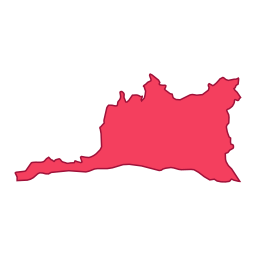 Santiago de Cuba, Robinson projection
{"feature_id": "CUB-1369", "entity_name": "Santiago de Cuba", "entity_type": "Province", "adm_level": 1, "iso_a3": "CUB", "parent_name": "Cuba", "parent_adm1": "", "projection": "robinson", "projection_center": [-76.024, 20.226], "detail": "fine", "context": "isolated", "style": "filled", "palette": "rose", "viewbox_px": 256, "rotation_deg": 0, "n_neighbors": 0, "source": "natural_earth", "source_scale": "10m", "svg_char_len": 3878}
<svg xmlns="http://www.w3.org/2000/svg" viewBox="0 0 256 256"><path d="M239.8,181.4L239.7,181.4L238.2,181.2L233.7,180.1L232.4,179.4L231.4,179.2L231.0,179.5L229.9,180.9L229.1,181.4L225.4,181.9L221.1,181.8L217.1,181.0L214.3,179.2L209.8,179.9L204.3,176.7L198.7,172.4L194.0,169.7L191.1,169.4L181.4,169.7L178.9,169.4L173.6,167.9L170.9,167.5L165.7,168.2L163.0,169.0L161.2,170.2L159.2,170.5L141.5,165.9L129.3,164.3L123.1,164.6L112.4,167.8L107.2,168.6L97.4,168.6L94.5,169.0L88.9,171.2L85.9,171.9L68.8,170.7L51.3,172.4L48.5,173.9L45.6,173.8L42.6,173.0L39.8,172.8L37.7,173.8L33.4,177.6L30.5,179.2L27.3,180.1L17.1,180.6L17.1,177.0L15.9,174.3L15.4,173.6L15.4,173.1L15.4,172.6L16.5,172.2L24.4,171.3L25.3,171.0L26.0,170.5L31.2,163.0L31.8,162.6L32.8,162.4L36.0,162.2L37.9,162.3L40.9,162.3L42.9,161.9L44.3,161.2L46.5,158.7L48.7,157.3L50.0,158.6L50.3,159.0L50.9,159.5L51.3,159.9L51.8,160.0L52.2,160.1L52.6,160.3L52.9,160.6L53.3,161.0L53.8,161.4L54.2,161.4L54.7,160.8L55.0,160.3L55.5,159.9L56.2,159.6L58.8,158.9L59.5,158.9L60.4,159.6L61.5,161.1L62.4,161.8L63.5,162.2L65.7,162.8L66.2,163.0L66.4,163.2L67.2,163.3L68.3,163.3L70.7,162.9L73.9,162.8L74.4,162.5L74.8,161.2L75.1,160.9L75.9,161.1L77.0,161.6L80.8,162.6L81.7,162.3L81.9,161.6L80.8,158.4L80.6,157.6L80.6,157.1L81.5,156.5L85.3,157.2L88.5,157.5L89.4,157.4L90.7,157.0L92.3,156.3L94.3,155.2L96.3,153.7L100.2,149.7L101.6,146.8L101.1,133.7L100.3,129.1L99.9,128.1L100.0,127.3L100.9,126.7L102.1,125.3L104.2,123.0L104.0,121.4L104.0,121.0L104.0,120.2L106.8,107.8L107.7,106.2L108.7,105.2L110.8,105.2L112.2,105.3L115.1,105.9L116.3,105.9L117.1,105.6L117.5,104.6L117.6,103.9L117.8,102.4L118.0,101.8L118.5,101.1L119.3,100.2L119.9,99.2L120.4,98.2L120.6,96.8L120.5,95.4L120.0,92.6L120.2,91.9L120.7,91.6L121.8,91.5L123.1,92.5L123.8,93.3L124.1,94.2L124.1,95.2L124.0,96.1L124.0,97.1L124.1,97.9L124.8,99.4L125.5,101.4L126.0,102.1L127.0,102.0L128.9,100.3L132.4,95.2L135.6,95.0L136.8,95.0L138.0,95.3L139.0,95.7L140.2,96.4L140.9,96.6L141.5,96.6L142.2,96.3L142.3,96.6L142.1,97.3L141.1,99.7L141.6,100.9L144.1,98.3L144.4,97.8L145.2,94.5L145.6,91.0L144.7,88.7L144.4,87.2L144.1,86.7L143.6,86.5L143.5,86.1L143.8,85.6L145.9,84.1L147.6,82.4L148.3,82.0L150.7,80.9L151.0,80.1L150.9,79.1L150.0,76.6L149.6,75.2L149.9,74.3L150.3,74.1L152.1,75.0L158.5,80.1L159.8,82.4L159.2,84.0L159.6,84.6L160.6,85.0L163.0,85.3L164.6,85.2L165.5,85.4L165.9,85.8L165.7,86.9L165.4,87.6L165.1,88.3L164.7,88.7L164.6,89.1L165.0,89.7L166.0,90.6L170.0,93.6L172.2,94.2L172.8,96.7L173.0,97.2L173.2,97.7L173.7,98.2L175.9,99.5L180.2,99.8L189.9,95.0L191.0,94.7L192.5,94.5L196.8,95.2L202.5,94.6L208.3,90.2L208.7,89.1L209.1,87.7L208.4,86.0L208.3,85.5L208.3,85.0L208.5,84.4L208.9,83.9L209.2,83.7L210.2,84.2L211.0,84.6L212.7,85.6L213.4,85.4L214.4,84.7L216.4,83.0L219.1,80.0L219.6,79.3L220.0,78.9L220.5,78.6L221.3,78.3L221.8,78.0L222.3,77.6L222.9,77.5L223.6,77.7L225.8,79.5L228.3,80.4L234.2,79.2L235.8,79.2L236.4,79.0L237.1,78.8L238.3,78.1L238.6,78.6L238.6,79.7L238.2,83.5L238.0,84.2L237.8,84.4L236.9,84.8L236.4,85.2L236.0,85.6L235.7,86.2L235.6,86.7L235.4,87.2L235.1,87.7L234.6,88.2L234.0,88.5L234.2,89.1L235.0,90.3L237.1,92.3L240.6,97.5L239.4,98.6L238.8,99.9L238.2,100.4L237.5,100.5L236.3,100.0L235.8,99.8L235.1,99.6L234.7,99.8L234.5,100.3L234.4,100.9L234.4,101.6L234.2,102.6L233.7,103.9L232.4,106.1L230.8,107.5L229.3,108.6L227.6,109.3L226.9,109.9L226.7,110.3L227.2,111.7L228.7,114.8L229.0,117.4L228.8,122.4L228.6,123.3L228.3,123.6L227.9,124.0L227.5,124.3L227.1,124.9L226.5,126.2L226.4,126.9L226.5,127.9L227.2,131.6L227.9,133.8L228.2,134.5L228.9,136.5L229.0,136.8L229.3,137.1L230.6,138.1L230.5,142.2L230.9,144.0L231.2,144.3L231.7,144.4L232.2,144.5L233.1,145.0L233.4,145.7L233.5,147.1L233.3,147.9L232.9,148.4L229.7,150.2L228.1,152.3L227.6,152.7L227.1,152.7L225.3,153.6L225.5,159.3L226.1,161.7L227.9,164.9L228.7,166.0L231.6,168.9L239.8,181.4L239.8,181.4Z" fill="#f43f5e" stroke="#9f1239" stroke-width="1.5"/></svg>